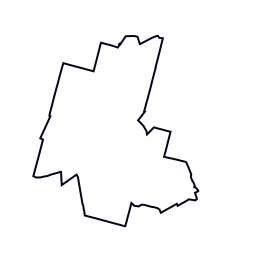 Nana, Calarasi, Romania, rotated 283°
{"feature_id": "2599482B6717067498389", "entity_name": "Nana", "entity_type": "district", "adm_level": 2, "iso_a3": "ROU", "parent_name": "Romania", "parent_adm1": "Calarasi", "projection": "robinson", "projection_center": [26.612, 44.3], "detail": "fine", "context": "isolated", "style": "outline", "palette": "ink", "viewbox_px": 256, "rotation_deg": 283, "n_neighbors": 0, "source": "geoboundaries", "source_scale": "gbopen_adm2", "svg_char_len": 4006}
<svg xmlns="http://www.w3.org/2000/svg" viewBox="0 0 256 256"><g transform="rotate(283 128 128)"><path d="M218.8,112.0L218.5,111.2L217.5,107.3L216.9,105.3L216.7,105.1L214.2,104.1L211.7,103.2L210.1,102.4L208.0,101.8L208.3,100.8L207.0,100.4L206.5,100.9L204.1,99.9L204.4,96.9L204.7,94.0L204.8,90.9L204.9,86.7L205.0,82.5L200.2,82.3L197.5,82.3L190.7,82.1L185.3,82.0L175.5,81.7L175.7,76.0L175.8,72.9L175.9,71.3L175.9,70.3L176.0,68.0L176.0,66.9L176.1,64.3L176.2,61.7L176.3,58.5L176.4,55.7L176.6,51.5L176.6,50.4L176.0,50.4L171.7,50.1L163.8,49.8L161.7,49.7L157.5,49.6L154.0,49.5L150.6,49.3L144.0,49.1L143.1,49.0L140.8,49.0L138.1,48.9L137.3,48.9L136.2,48.9L132.2,48.8L128.5,48.7L124.9,48.5L124.6,48.7L122.6,48.6L122.4,48.6L122.2,48.7L122.2,48.8L122.1,49.0L122.0,49.7L120.0,49.3L117.4,48.8L113.6,48.0L112.4,47.8L111.1,47.5L107.7,46.8L105.3,46.3L99.3,45.1L98.6,45.0L98.2,44.9L97.5,47.8L86.2,47.5L83.0,47.4L76.0,47.2L59.8,46.6L59.1,49.5L59.3,50.7L59.6,51.6L60.0,53.5L61.7,56.9L63.1,60.2L65.6,64.0L67.0,66.6L68.4,69.3L70.3,72.4L70.3,72.5L70.0,72.7L65.0,74.1L59.5,75.7L57.5,76.3L61.7,80.1L69.6,87.1L71.0,88.4L68.8,90.3L65.4,91.7L55.3,95.9L48.5,98.8L45.8,99.9L44.6,100.4L43.3,101.1L41.9,102.0L41.5,102.1L40.6,102.5L39.4,102.9L38.8,103.1L38.2,103.5L37.7,103.8L37.4,103.9L36.2,104.4L33.0,105.6L33.0,106.0L33.0,107.6L32.9,108.6L32.8,113.0L32.7,115.9L32.7,116.9L32.6,119.9L32.6,120.2L32.5,121.2L32.5,121.7L32.5,122.1L32.5,123.4L32.4,124.0L32.4,124.4L32.4,125.3L32.4,127.0L32.2,129.8L32.2,130.6L32.1,132.3L32.1,133.7L31.8,142.3L31.7,144.0L31.6,145.8L31.6,146.4L31.6,147.3L31.8,147.5L32.2,147.5L32.7,147.5L33.3,147.5L35.8,147.6L37.5,147.7L39.6,147.7L42.2,147.8L45.2,147.9L47.3,148.0L50.7,148.1L52.3,148.1L55.6,148.2L55.3,148.8L55.1,149.2L54.5,150.3L54.1,151.0L53.7,151.6L53.6,151.8L53.6,152.0L53.7,153.1L53.9,154.5L53.9,155.3L54.0,156.0L54.2,156.3L54.3,156.4L54.6,156.8L55.9,158.0L56.0,158.0L56.2,158.4L56.2,158.5L56.5,159.5L56.6,159.9L56.6,160.1L56.7,160.6L56.7,161.1L56.7,162.1L56.8,162.8L56.8,163.1L56.8,163.3L56.7,163.6L56.6,163.9L56.6,164.2L56.6,165.7L56.5,167.0L56.5,167.9L56.5,168.2L56.5,168.5L56.5,168.9L56.5,169.6L56.5,169.8L56.6,170.1L56.7,170.7L56.7,171.0L56.7,171.3L56.7,171.6L56.6,172.3L56.6,172.6L56.6,173.1L56.6,173.6L56.6,173.9L56.7,174.2L55.7,176.9L55.5,177.1L53.6,178.5L52.8,179.1L55.1,181.6L58.7,185.6L60.6,187.7L61.6,188.8L63.8,191.2L65.1,192.6L63.3,193.9L64.9,195.7L66.9,197.7L68.5,199.6L69.3,200.4L70.3,201.5L70.9,202.1L72.0,203.2L72.2,203.5L72.3,205.1L72.6,209.9L72.9,210.1L73.6,210.6L74.3,211.1L74.5,211.1L74.8,210.9L75.3,210.6L75.9,210.3L76.8,209.7L77.0,209.6L77.8,209.1L78.5,208.7L79.9,207.8L81.9,210.4L82.2,210.6L82.5,210.6L82.9,210.4L83.8,209.2L85.2,207.4L85.2,206.6L85.2,206.1L85.2,205.9L85.3,205.8L85.5,205.9L85.7,206.0L86.1,206.1L86.3,206.1L86.6,206.0L86.8,205.9L87.3,205.6L87.5,205.5L88.4,205.0L89.2,204.4L89.3,204.3L89.5,204.1L89.8,203.8L90.0,203.6L90.2,203.4L90.5,203.0L91.4,202.3L91.6,202.1L91.9,202.0L93.3,200.9L93.8,200.6L94.1,200.4L94.4,200.3L94.6,200.2L94.9,200.2L95.5,200.1L96.0,200.1L96.3,200.1L97.1,200.1L97.7,199.7L99.2,198.5L103.2,195.8L105.6,194.0L106.3,193.5L107.0,193.0L107.6,192.5L107.9,192.1L108.0,191.9L108.0,191.5L108.0,190.6L108.0,188.8L108.0,186.9L108.1,185.1L108.1,181.2L108.1,178.4L108.0,169.6L114.4,169.9L120.9,170.0L133.9,170.3L134.0,165.5L134.2,161.2L134.2,160.6L134.2,159.8L134.2,158.4L134.3,156.4L134.3,155.1L134.4,153.1L127.3,148.8L126.0,148.0L126.6,147.7L128.6,147.0L129.2,146.6L131.7,144.3L133.7,142.4L134.1,141.8L137.7,136.1L142.1,138.2L147.7,140.7L147.7,140.0L158.5,140.4L160.3,140.5L173.1,140.9L173.7,140.9L184.0,141.1L186.6,141.2L192.3,141.4L193.0,141.4L193.0,141.2L197.5,141.3L209.4,141.6L216.9,141.7L223.2,141.8L223.0,138.7L222.9,138.2L223.0,138.0L223.1,137.8L223.7,137.4L224.2,136.9L224.4,136.5L224.4,136.2L224.4,135.9L223.5,134.4L222.9,133.4L221.1,130.9L216.0,125.0L215.2,124.0L212.9,121.4L212.4,120.7L217.8,117.5L218.9,116.9L219.0,116.7L219.1,114.6L218.9,113.3L218.8,112.3L218.8,112.1L218.8,112.0Z" fill="none" stroke="#020617" stroke-width="2"/></g></svg>